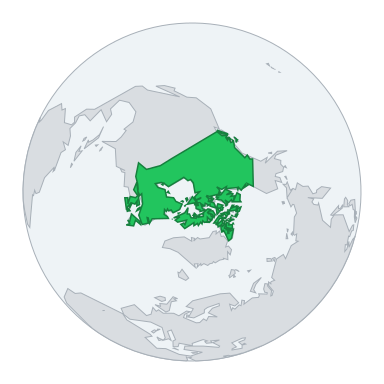 Canada highlighted on a globe, orthographic projection, rotated 133°
{"feature_id": "CAN", "entity_name": "Canada", "entity_type": "country or territory", "adm_level": 0, "iso_a3": "CAN", "parent_name": "North America", "parent_adm1": "", "projection": "orthographic", "projection_center": [-89.555, 62.395], "detail": "fine", "context": "on_globe", "style": "filled", "palette": "green", "viewbox_px": 384, "rotation_deg": 133, "n_neighbors": 0, "source": "natural_earth", "source_scale": "50m", "svg_char_len": 16069}
<svg xmlns="http://www.w3.org/2000/svg" viewBox="0 0 384 384"><g transform="rotate(133 192 192)"><circle cx="192" cy="192" r="169" fill="#eef3f6" stroke="#a8b0b8"/><path d="M240.7,353.8L244.8,351.4L242.1,351.2L230.3,352.6L216.3,347.7L220.7,343.0L217.3,341.5L228.3,332.6L225.0,325.9L221.0,325.5L217.3,329.0L203.3,325.6L197.9,319.6L153.3,305.4L148.4,300.6L147.8,294.1L130.8,265.9L139.2,290.6L133.0,284.8L127.6,275.2L130.2,274.1L126.1,260.4L120.2,253.1L118.4,235.0L127.2,215.3L129.3,220.1L131.2,215.0L128.6,208.8L126.5,205.9L129.4,181.9L122.6,162.7L115.4,160.6L121.0,158.1L103.9,157.3L96.9,150.6L107.9,155.8L111.4,154.5L108.3,148.6L111.2,146.1L111.4,141.9L115.2,139.6L121.3,143.1L123.9,141.7L121.5,137.6L123.8,132.9L126.9,139.0L131.2,131.5L142.3,136.5L147.5,155.8L156.8,157.3L170.5,174.1L172.4,170.7L178.8,175.3L183.3,173.3L184.5,177.2L187.1,172.2L185.1,169.0L185.5,165.8L188.0,164.4L190.0,169.1L189.1,170.5L191.0,171.1L190.9,174.1L192.4,171.8L194.5,177.8L196.1,169.9L200.9,173.0L201.3,177.5L196.4,179.6L185.3,196.2L184.2,201.8L187.6,207.5L204.2,212.6L205.1,218.0L209.7,223.5L211.5,219.2L208.5,213.5L213.0,207.1L208.8,201.1L210.0,197.8L207.6,190.8L213.2,189.3L219.9,191.6L222.2,197.4L225.2,198.6L227.3,191.1L235.6,200.3L248.2,203.7L249.8,206.5L245.2,215.1L234.5,219.9L228.6,232.1L237.7,221.7L241.5,229.3L244.4,229.5L247.3,227.8L247.9,224.0L250.3,226.2L242.2,237.1L239.9,235.2L242.5,231.7L237.5,234.1L232.0,242.0L234.3,245.4L223.6,254.3L225.1,257.0L223.7,260.5L221.9,255.6L224.9,264.8L212.6,277.6L216.4,292.4L206.9,282.0L200.0,281.3L191.9,282.1L192.4,284.6L181.0,282.9L171.6,287.7L169.4,299.0L174.3,307.6L186.8,308.3L190.0,303.7L198.9,302.4L193.8,314.6L209.4,315.0L208.6,323.1L213.3,326.4L220.9,324.3L228.8,324.6L233.9,319.1L242.4,314.4L243.2,320.4L247.4,313.4L252.5,314.7L269.1,307.7L268.0,309.7L282.1,309.6L296.3,303.5L299.6,305.0L298.0,308.3L302.7,305.4L302.8,306.7L320.5,292.9L328.6,286.4L327.7,290.3L319.7,301.7L313.5,309.4L304.7,317.9L295.2,325.8L285.2,332.9L274.7,339.4L263.7,345.0L252.4,349.8L240.7,353.8ZM45.8,223.9L46.9,221.3L47.4,224.9L45.8,223.9ZM46.8,218.4L46.5,219.6L46.6,218.3L46.8,218.4ZM46.3,216.6L46.6,217.9L46.1,216.7L46.3,216.6ZM45.5,214.5L46.0,215.6L45.9,215.5L45.5,214.5ZM216.1,297.3L234.0,300.3L224.5,303.3L226.2,301.7L221.5,299.9L213.1,298.8L204.5,301.3L216.1,297.3ZM44.8,210.5L44.6,209.5L45.2,210.2L44.8,210.5ZM222.7,288.1L219.7,288.1L222.6,287.5L222.7,288.1ZM125.0,205.1L128.3,209.0L129.5,215.6L126.5,212.7L125.0,205.1ZM123.2,192.7L125.5,193.6L123.2,198.8L122.6,196.6L123.2,192.7ZM109.6,159.9L111.6,162.9L108.6,160.9L109.6,159.9ZM110.7,141.8L109.2,141.8L109.9,139.6L110.7,141.8ZM204.7,192.2L206.1,191.6L205.8,193.2L204.7,192.2ZM202.3,189.9L200.9,192.2L199.6,191.5L200.4,190.1L202.3,189.9ZM116.4,134.1L118.1,130.8L117.4,134.7L116.4,134.1ZM204.3,187.2L197.4,189.9L195.1,188.6L196.4,182.0L204.3,187.2ZM119.7,129.2L123.6,121.3L120.5,120.6L131.4,118.5L124.5,125.8L124.2,130.7L122.3,128.4L119.7,129.2ZM183.4,168.6L185.6,171.9L181.4,170.6L183.4,168.6ZM180.6,168.6L167.1,169.3L165.0,163.8L169.9,164.6L165.4,158.8L171.0,155.8L174.8,158.3L175.0,162.4L177.0,158.1L180.6,168.6ZM136.7,118.8L138.6,117.5L137.8,119.5L136.7,118.8ZM185.4,164.4L182.8,165.0L180.8,160.3L185.6,158.3L184.7,160.5L185.4,164.4ZM161.5,158.9L160.8,155.1L165.2,151.6L165.5,149.7L171.0,155.2L161.5,158.9ZM186.4,160.8L188.0,157.5L191.2,158.4L187.7,163.6L186.4,160.8ZM178.3,159.9L177.6,157.6L179.6,158.2L178.3,159.9ZM203.5,160.2L200.5,160.8L199.2,158.4L203.5,160.2ZM188.4,156.2L187.3,155.9L186.4,155.0L188.1,153.1L188.4,156.2ZM173.7,152.4L175.6,151.8L171.7,150.0L174.8,147.4L177.8,151.6L177.8,148.7L178.8,147.9L180.2,152.3L173.7,152.4ZM187.3,148.7L192.3,153.4L198.1,152.7L199.4,154.8L189.8,155.5L187.3,148.7ZM183.0,150.4L186.0,149.8L186.1,152.6L184.2,154.8L183.0,150.4ZM175.8,144.2L170.2,147.0L169.7,146.0L175.8,144.2ZM189.0,147.9L187.7,146.8L189.4,147.5L189.0,147.9ZM179.8,144.6L177.9,145.7L177.4,144.6L179.8,144.6ZM186.9,143.7L188.5,145.2L187.2,146.7L186.9,143.7ZM183.6,143.7L183.4,141.8L185.8,146.3L182.8,144.4L183.6,143.7ZM179.7,143.3L178.7,143.0L180.5,143.0L179.7,143.3ZM190.7,137.3L194.0,142.7L191.2,145.9L188.4,140.3L190.7,137.3ZM255.2,35.3L275.0,44.9L276.0,45.8L280.3,48.3L285.8,52.4L286.6,54.0L290.8,57.2L288.4,53.3L283.6,50.1L276.8,46.1L277.3,46.1L275.8,45.3L285.8,51.5L295.4,58.4L304.5,65.9L313.0,74.1L315.3,80.9L313.3,79.7L313.2,79.7L316.8,82.5L316.3,84.3L318.1,80.3L319.8,81.5L319.0,80.6L327.5,91.0L335.0,102.1L341.7,113.7L347.5,125.8L352.2,138.3L356.0,151.2L358.7,164.3L358.7,164.6L359.7,172.0L359.6,173.4L359.8,177.6L358.7,207.9L356.0,213.9L347.3,217.0L345.9,208.3L341.6,204.4L328.3,159.7L330.0,152.5L324.6,125.8L324.8,122.9L330.3,127.1L330.3,111.2L324.4,104.3L319.5,90.6L313.0,81.2L302.1,75.1L312.6,90.4L309.5,92.1L297.2,78.9L287.3,66.4L285.8,66.7L288.0,74.1L281.5,71.0L288.2,76.8L288.6,74.6L292.8,78.3L292.7,80.5L290.5,79.3L292.3,83.2L302.6,88.6L304.1,86.9L311.4,98.3L314.6,96.7L318.0,100.3L314.0,104.3L311.2,103.3L307.0,113.0L310.6,114.9L314.8,106.1L315.3,109.0L320.2,112.0L317.0,112.0L311.5,121.5L315.3,133.5L327.4,150.7L328.1,158.3L325.4,164.5L313.7,157.3L313.4,141.0L309.3,138.6L303.1,141.9L303.6,136.8L301.0,136.2L300.3,130.4L293.2,122.7L291.5,117.2L282.8,114.8L280.8,111.7L286.5,113.9L289.6,112.6L284.8,99.7L282.2,97.3L276.9,97.0L276.2,93.6L271.7,94.9L266.1,88.3L269.2,97.6L263.1,97.8L256.5,94.4L255.0,96.2L265.8,101.9L269.6,102.7L272.0,100.6L282.8,104.8L285.8,109.2L276.5,111.5L279.7,118.1L271.1,117.3L247.2,101.9L240.2,95.4L241.2,82.3L246.2,83.0L248.4,88.0L251.8,82.4L248.9,83.3L248.4,80.7L242.4,80.5L241.7,78.6L237.1,81.8L235.6,79.5L238.6,77.5L228.4,75.7L223.7,71.5L221.8,72.1L221.0,73.8L215.5,67.5L214.3,68.2L215.7,70.5L214.1,73.4L209.3,76.2L207.6,73.9L209.2,72.6L209.9,66.5L214.3,63.5L213.1,62.9L209.0,64.9L208.0,72.3L205.6,74.7L205.3,71.0L205.2,72.5L203.5,73.0L200.2,71.3L200.2,75.4L183.3,84.5L175.4,82.6L177.0,78.1L163.5,82.9L155.6,80.8L156.9,82.8L151.3,86.8L153.7,87.5L153.8,88.8L140.5,100.1L136.1,101.1L131.7,108.8L132.3,109.9L135.4,109.5L131.4,118.5L120.5,120.6L119.7,117.9L113.5,121.2L112.3,114.7L108.5,111.1L110.9,102.4L107.6,100.5L105.6,102.1L99.7,100.9L94.6,93.3L107.8,92.4L117.1,103.5L114.1,98.3L117.5,97.5L118.0,94.4L115.7,91.0L113.7,91.9L123.7,77.2L123.4,66.6L116.9,71.6L111.7,72.3L105.6,65.9L113.7,50.1L106.8,51.9L105.7,51.3L110.0,47.9L111.8,48.6L117.1,46.3L117.5,47.4L125.0,42.5L125.9,44.0L131.3,39.7L128.1,39.9L121.1,43.5L125.4,39.5L117.0,42.2L114.8,42.2L121.0,38.7L132.6,33.8L144.5,29.9L156.7,26.8L169.0,24.6L181.5,23.4L194.0,23.1L206.6,23.7L219.0,25.2L231.3,27.7L243.4,31.0L255.2,35.3ZM338.1,175.0L339.8,176.6L338.1,175.0ZM280.3,55.0L272.1,48.8L269.8,51.0L266.5,48.9L266.9,50.5L269.7,51.2L269.9,55.4L264.2,52.7L262.2,53.5L264.8,55.7L275.2,60.0L275.0,53.9L279.4,55.7L280.3,55.0ZM269.6,307.4L271.7,307.6L269.1,308.9L269.6,307.4ZM223.5,306.5L227.1,305.9L229.1,306.6L226.4,307.5L223.5,306.5ZM253.2,298.3L257.2,297.5L253.2,299.6L253.2,298.3ZM236.8,300.4L250.0,299.3L242.2,303.9L233.8,304.6L239.4,302.4L236.8,300.4ZM221.7,293.0L224.0,293.2L223.6,294.7L221.7,293.0ZM224.8,287.6L224.0,288.0L222.7,287.0L224.8,287.6ZM242.0,228.6L242.7,227.8L245.8,226.7L244.7,228.7L242.0,228.6ZM257.4,213.8L261.0,217.7L257.7,216.2L256.8,219.5L248.9,220.7L250.2,208.0L251.0,213.4L257.4,213.8ZM238.6,219.1L243.5,219.6L238.1,219.6L238.6,219.1ZM287.6,139.7L289.4,137.5L292.7,139.5L294.7,147.2L290.0,144.3L287.6,139.7ZM291.2,133.9L281.5,134.4L279.8,129.8L282.4,132.3L282.2,129.2L286.4,132.3L294.3,127.7L297.6,129.3L299.6,142.3L297.1,137.1L295.5,139.5L291.2,133.9ZM259.6,145.9L255.3,146.6L257.2,135.7L260.9,136.3L263.2,143.8L260.2,147.6L259.6,145.9ZM208.1,175.3L206.3,176.8L205.7,175.4L206.8,173.1L208.1,175.3ZM202.2,160.7L215.1,167.9L213.7,169.9L222.9,172.1L222.9,178.1L217.0,176.4L223.8,182.8L218.5,183.7L223.6,187.6L210.4,183.2L205.8,184.4L210.9,180.7L211.0,175.1L209.7,173.1L202.5,168.3L192.9,168.4L191.4,163.1L193.0,159.3L195.1,158.5L195.3,162.2L198.0,158.4L200.0,163.1L202.2,160.7ZM211.9,121.2L211.4,125.3L217.0,119.6L219.0,123.8L219.5,122.9L222.9,125.3L228.0,126.7L228.2,128.9L230.1,128.5L232.4,130.1L235.0,130.4L236.3,134.5L239.7,135.2L238.4,136.8L243.8,136.9L240.4,138.7L243.0,141.2L244.9,138.1L245.6,161.0L248.5,169.5L252.8,175.8L246.3,178.4L238.1,174.3L230.1,167.0L228.2,158.6L225.7,161.4L224.0,158.3L226.7,157.3L221.5,156.9L220.9,154.1L213.7,148.3L206.6,149.7L203.8,147.7L206.3,145.8L201.8,145.2L204.6,140.3L202.6,138.8L203.4,132.6L209.3,129.9L206.7,128.5L207.2,123.8L211.9,121.2ZM191.2,135.6L197.7,131.2L202.1,131.4L198.9,142.1L200.2,144.2L198.3,151.3L192.0,150.9L193.2,148.9L192.8,146.8L194.9,147.8L192.9,145.5L194.4,142.7L193.3,140.2L195.8,139.4L191.2,135.6ZM321.9,118.9L321.5,116.6L320.2,113.0L323.2,114.9L321.9,118.9ZM318.5,125.5L317.6,123.3L321.3,123.9L321.7,126.4L318.5,125.5ZM314.0,121.6L317.3,123.1L315.8,123.7L314.0,121.6ZM285.4,112.0L284.2,109.8L285.3,109.5L287.4,110.6L285.4,112.0ZM228.9,106.0L227.9,108.1L226.8,107.7L221.9,110.3L220.0,107.5L222.2,104.8L228.9,106.0ZM305.6,78.1L309.3,81.3L309.5,82.4L308.2,81.1L305.6,78.1ZM318.1,98.3L316.7,93.9L318.9,98.9L318.1,98.3ZM226.0,103.4L224.2,104.7L224.4,102.5L226.0,103.4ZM218.3,105.6L218.0,103.2L219.2,107.5L218.3,105.6ZM114.4,41.9L113.2,42.6L112.8,42.7L114.4,41.9ZM207.2,83.0L216.2,82.3L221.4,80.3L222.3,76.6L224.8,81.6L216.8,84.7L207.2,83.0ZM186.5,84.5L185.7,87.9L183.5,86.9L183.4,86.0L186.5,84.5ZM187.8,86.3L191.6,89.7L189.5,91.9L186.9,88.8L187.8,86.3ZM209.2,95.9L211.9,95.9L211.7,97.6L209.2,95.9ZM95.8,56.9L97.5,56.7L94.5,59.2L94.2,58.6L95.8,56.9ZM86.5,67.9L94.3,59.8L100.8,53.9L98.2,55.4L98.5,53.7L103.2,51.7L99.6,56.2L94.4,60.7L94.9,62.2L91.8,66.4L94.5,67.1L93.6,69.4L89.6,70.2L86.5,67.9ZM95.9,67.3L99.4,70.9L93.2,75.7L91.1,76.0L92.1,72.2L95.2,69.9L95.9,67.3ZM98.4,73.2L101.5,71.1L113.3,73.2L114.2,74.9L102.0,75.5L104.3,73.5L102.5,72.3L98.4,73.2ZM137.3,116.5L138.4,117.4L136.5,117.7L137.3,116.5ZM155.3,89.1L155.2,90.9L152.9,91.1L155.3,89.1ZM153.7,96.2L156.3,94.7L154.2,97.2L153.7,96.2ZM162.0,91.3L157.6,94.6L160.8,90.1L162.0,91.3Z" fill="#d9dde1" stroke="#a8b0b8" stroke-width="1"/><path d="M130.5,191.1L130.9,176.7L127.3,176.8L128.4,172.1L126.5,170.2L146.1,151.0L148.0,157.1L148.4,155.7L155.1,157.4L151.1,157.5L149.7,157.9L149.7,158.3L157.1,157.2L156.9,161.3L159.1,160.0L158.0,162.1L166.3,169.4L164.5,170.5L169.8,172.0L171.4,177.4L171.9,173.1L174.8,171.6L172.1,170.8L174.6,170.6L183.2,176.1L182.2,173.7L183.5,173.5L185.0,174.4L185.3,178.1L184.1,177.9L184.7,179.2L184.5,178.2L185.3,178.3L185.5,177.4L185.5,175.1L187.8,173.6L185.0,168.6L187.4,163.7L190.0,169.1L188.6,170.5L191.1,171.2L190.2,171.7L191.2,174.7L193.6,173.1L194.5,177.9L197.0,173.0L196.1,170.0L200.8,172.8L199.6,173.8L201.3,177.7L199.3,179.9L197.8,178.3L197.4,178.2L197.1,178.5L198.8,180.5L195.3,179.8L196.3,180.9L194.6,183.3L191.8,181.6L189.7,181.5L195.1,183.7L193.9,186.7L186.7,186.7L190.5,189.3L184.4,197.3L183.8,201.5L186.5,202.7L186.8,208.0L204.1,212.9L204.8,218.8L205.9,221.0L210.9,224.6L211.9,220.0L208.7,213.4L213.0,207.2L208.8,201.6L209.9,197.3L207.6,191.0L213.3,189.1L220.1,191.7L219.3,195.0L221.8,196.4L221.1,198.3L223.7,197.5L223.5,200.2L227.3,197.2L226.8,193.1L227.5,191.3L238.8,202.9L244.1,201.6L240.8,206.4L241.3,207.4L244.6,202.8L249.7,206.3L245.2,215.1L234.4,220.0L227.6,227.6L230.2,227.8L228.3,232.3L226.6,233.4L223.1,237.3L219.0,243.7L207.1,251.0L206.5,240.7L194.3,233.1L181.3,229.6L130.8,214.9L130.4,208.4L126.5,204.9L128.8,204.5L127.9,202.2L129.3,203.6L129.9,201.4L127.9,202.1L126.9,202.9L129.3,197.4L126.7,196.0L130.5,191.1ZM194.8,166.6L196.5,166.5L196.5,164.7L195.3,163.8L196.6,161.3L195.5,160.5L198.6,158.5L200.1,161.0L199.9,163.6L203.0,160.6L205.7,162.1L205.7,164.5L208.5,162.9L208.1,165.1L212.2,164.5L211.2,166.6L215.3,167.6L213.1,169.7L223.7,172.4L223.3,178.1L220.4,176.7L220.8,174.8L216.2,176.8L223.8,181.9L224.1,185.1L218.4,183.9L223.4,187.8L212.3,183.0L206.3,184.2L211.3,180.5L209.8,178.8L211.5,175.1L208.6,171.4L205.8,172.1L206.4,170.4L202.2,167.0L199.9,168.9L200.8,169.8L193.6,168.9L192.1,166.5L194.3,166.6L191.6,164.0L192.7,159.7L195.7,158.5L194.5,161.5L195.1,164.0L196.3,165.5L194.8,166.6ZM199.0,131.4L202.7,132.0L198.7,141.6L200.3,142.6L198.1,143.0L200.6,143.5L196.8,148.3L199.7,149.1L198.1,151.3L192.0,150.8L193.8,148.8L193.0,147.2L195.3,148.2L195.8,148.0L196.3,146.3L193.2,146.0L193.6,144.3L195.6,144.2L196.4,143.5L193.5,140.1L196.8,141.7L195.2,139.8L197.9,137.9L197.0,137.8L197.5,136.4L194.1,139.4L193.4,139.1L194.8,137.5L192.9,139.0L192.1,138.3L193.4,138.0L194.1,137.2L191.1,136.3L199.0,131.4ZM170.7,157.9L174.7,158.2L175.3,162.5L176.3,158.2L177.8,158.5L177.8,164.9L180.5,169.2L177.9,169.1L179.3,170.8L177.9,171.6L174.5,169.0L167.3,169.5L165.3,163.7L170.6,165.0L165.7,162.0L165.4,160.8L168.7,160.6L166.0,158.4L169.6,156.0L171.7,156.1L170.7,157.9ZM237.4,234.1L234.6,229.4L231.7,229.2L230.1,236.2L222.6,239.0L236.9,221.9L239.8,222.9L235.9,226.1L239.8,225.5L241.4,229.3L248.8,228.9L242.0,237.2L240.0,235.1L244.4,230.7L237.4,234.1ZM165.8,149.6L171.1,155.2L162.0,158.5L161.1,154.9L165.4,151.4L165.8,149.6ZM190.9,137.7L192.9,139.8L194.5,142.8L190.9,146.0L189.4,143.7L191.1,142.7L188.4,140.3L190.9,137.7ZM188.8,149.5L192.5,153.8L197.3,152.4L199.8,154.8L190.5,156.1L189.5,151.2L187.1,149.8L188.8,149.5ZM175.1,147.4L180.5,151.7L174.3,153.6L173.2,152.4L176.2,151.8L171.8,149.9L175.1,147.4ZM250.9,207.8L251.2,214.0L256.6,211.6L260.9,217.6L257.6,215.9L256.2,220.0L256.9,217.0L249.4,221.3L249.1,210.6L250.9,207.8ZM182.0,158.6L184.1,158.2L185.8,158.3L184.4,160.5L185.9,161.4L185.5,163.9L183.0,165.0L180.6,160.4L182.9,160.4L182.0,158.6ZM196.5,181.7L198.2,182.7L204.0,187.0L195.1,188.4L196.5,181.7ZM187.0,158.7L191.3,158.4L186.9,163.5L187.0,158.7ZM175.8,145.0L173.4,147.4L169.7,146.0L173.7,144.3L175.8,145.0ZM186.4,150.6L185.6,154.6L182.4,152.4L183.8,152.1L183.6,150.2L186.4,150.6ZM183.2,142.3L186.0,144.0L186.2,146.1L183.2,142.3ZM124.9,205.3L128.7,209.2L129.8,216.0L124.9,205.3ZM199.2,158.5L202.3,158.5L203.6,160.0L199.2,158.5ZM181.5,171.7L185.0,171.2L185.9,172.8L181.5,171.7ZM189.0,155.0L188.1,156.0L186.6,154.7L188.1,153.2L189.0,155.0ZM187.5,144.1L188.7,146.2L187.0,144.1L187.5,144.1ZM205.9,173.4L208.1,175.3L205.8,175.6L205.9,173.4ZM178.4,144.1L180.0,144.5L177.6,144.4L178.4,144.1ZM179.6,157.8L178.1,158.2L177.7,157.5L179.6,157.8ZM248.0,224.0L248.8,227.5L249.0,225.6L250.2,226.1L249.1,227.8L247.6,228.2L248.0,224.0ZM180.0,142.5L180.5,143.7L178.2,143.0L180.0,142.5ZM243.5,219.6L241.3,220.2L238.1,219.5L241.1,218.8L243.5,219.6ZM202.1,189.8L201.0,192.1L199.7,191.6L200.3,190.1L202.1,189.8ZM122.9,194.4L125.6,193.6L123.8,195.3L122.9,194.4ZM187.8,147.4L189.5,147.1L189.7,147.5L187.8,147.4ZM182.9,150.4L182.1,151.9L181.6,150.7L182.9,150.4ZM241.3,228.0L242.7,227.8L245.8,226.8L244.9,228.6L241.3,228.0ZM205.0,191.2L205.8,193.2L204.9,192.8L205.0,191.2ZM173.0,147.8L171.4,148.9L171.1,148.4L173.0,147.8ZM191.6,147.7L191.1,148.4L191.0,147.8L191.6,147.7ZM182.2,146.4L181.9,147.6L181.8,146.0L182.2,146.4ZM122.9,195.1L123.2,196.3L123.1,198.8L122.9,195.1ZM206.8,218.0L207.0,219.2L205.3,218.7L206.8,218.0ZM186.9,140.1L187.1,141.3L186.6,140.5L186.9,140.1ZM181.5,153.4L180.7,153.6L180.5,153.3L181.5,153.4ZM181.8,149.4L182.4,149.5L182.8,150.1L181.8,149.4ZM127.1,198.9L127.4,200.7L126.8,201.1L127.1,198.9ZM209.6,173.4L208.6,174.1L208.2,173.6L209.6,173.4ZM208.3,208.0L209.1,209.8L207.7,209.9L208.3,208.0ZM177.4,143.5L176.8,144.2L176.9,143.6L177.4,143.5ZM185.5,157.4L184.3,158.0L184.0,157.7L185.5,157.4ZM206.8,187.5L207.8,188.0L206.4,187.7L206.8,187.5ZM203.3,171.9L203.3,170.6L203.7,170.6L203.3,171.9ZM195.4,174.9L194.9,175.1L195.1,174.5L195.4,174.9ZM184.9,146.7L184.0,146.5L184.1,146.1L184.9,146.7ZM201.3,169.6L201.8,170.3L200.9,169.9L201.3,169.6ZM191.7,149.9L191.6,150.8L191.3,150.1L191.7,149.9ZM198.1,180.9L199.7,181.9L198.6,181.8L198.1,180.9ZM176.2,146.7L176.1,147.2L175.5,146.7L176.2,146.7ZM225.6,187.6L224.9,188.2L225.6,187.6ZM205.3,170.2L204.7,170.8L204.6,170.2L205.3,170.2ZM197.8,181.6L197.4,181.9L197.3,181.2L197.8,181.6ZM187.0,153.0L186.6,153.8L186.5,153.5L187.0,153.0ZM217.3,187.2L217.0,187.7L216.2,187.1L217.3,187.2ZM207.5,171.8L207.3,172.4L207.1,172.1L207.5,171.8ZM199.5,151.3L199.3,152.2L199.1,152.1L199.5,151.3ZM126.8,197.1L126.4,197.7L126.2,196.2L126.8,197.1Z" fill="#22c55e" stroke="#15803d" stroke-width="1.5"/></g></svg>